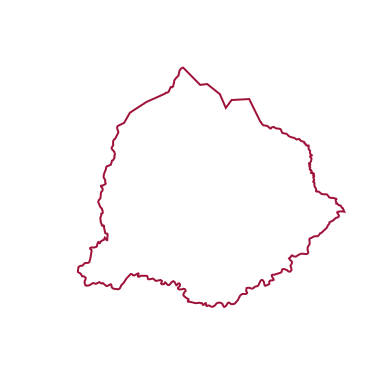 outline of San Andres, Lempira, Honduras, rotated 249°
{"feature_id": "27666195B74503802640136", "entity_name": "San Andres", "entity_type": "district", "adm_level": 2, "iso_a3": "HND", "parent_name": "Honduras", "parent_adm1": "Lempira", "projection": "orthographic", "projection_center": [-88.635, 14.237], "detail": "fine", "context": "isolated", "style": "outline", "palette": "rose", "viewbox_px": 384, "rotation_deg": 249, "n_neighbors": 0, "source": "geoboundaries", "source_scale": "gbopen_adm2", "svg_char_len": 5957}
<svg xmlns="http://www.w3.org/2000/svg" viewBox="0 0 384 384"><g transform="rotate(249 192 192)"><path d="M250.1,130.0L249.9,128.4L248.3,127.4L246.5,125.9L246.5,121.8L245.8,120.7L244.3,119.9L240.7,116.6L238.4,115.1L236.7,114.7L235.6,115.1L234.2,115.2L232.7,114.6L230.7,114.4L230.4,113.9L230.0,111.1L230.5,109.5L230.4,109.2L229.7,109.0L227.4,109.8L226.1,109.4L225.2,108.7L224.7,107.5L223.8,106.7L219.0,104.3L217.8,102.1L216.6,101.0L215.1,100.9L211.6,101.0L210.5,101.1L208.8,102.0L208.0,101.7L206.8,101.9L204.5,101.2L204.1,99.4L203.2,99.3L200.8,97.2L197.3,96.2L196.2,96.0L194.6,96.1L193.1,95.9L192.5,96.3L192.6,97.3L191.9,97.7L190.1,97.1L184.8,96.3L184.1,96.7L183.7,97.7L183.0,98.1L181.8,97.7L179.8,96.6L177.4,95.6L177.5,95.3L178.3,94.9L180.6,94.2L178.9,92.5L179.0,91.3L178.6,89.4L177.3,87.7L177.5,87.0L178.2,86.7L178.8,86.8L178.8,86.4L177.5,85.1L175.4,83.7L175.1,83.3L175.2,81.3L175.5,80.0L176.3,78.3L176.3,77.0L176.0,76.7L175.4,76.6L174.9,76.7L174.1,77.3L172.8,77.1L166.1,73.1L163.3,70.9L163.1,69.7L164.0,66.5L162.5,63.1L163.1,61.3L162.6,59.1L158.8,57.0L158.2,56.9L157.7,57.1L155.7,58.8L152.7,59.2L151.8,61.1L150.0,62.0L148.6,61.3L147.2,59.8L146.0,59.3L144.6,59.1L143.4,59.3L143.1,59.1L142.4,59.8L141.9,61.3L141.7,62.9L142.5,66.9L140.7,69.5L141.1,73.1L139.1,74.6L138.9,75.0L139.1,75.7L138.9,76.1L135.4,78.1L134.8,78.6L134.6,79.7L135.0,82.6L134.9,83.2L134.4,83.4L131.7,83.0L130.7,83.4L129.9,84.1L129.0,85.6L127.6,88.4L127.6,89.3L128.0,90.2L130.5,92.9L131.4,95.3L134.6,99.6L137.3,105.1L137.3,105.6L136.9,106.3L136.5,106.7L135.5,107.0L134.8,108.1L135.3,111.7L135.2,112.8L134.9,112.9L133.1,111.4L132.5,111.3L132.1,111.5L131.8,112.5L132.2,113.5L132.2,114.0L130.1,119.5L129.4,120.1L127.5,119.8L126.5,119.8L126.1,120.1L125.7,121.2L125.2,124.5L124.0,125.3L122.6,125.9L121.9,126.5L121.1,131.1L119.7,132.1L117.6,130.3L116.7,130.9L116.2,131.9L116.1,132.6L116.4,133.3L117.2,134.1L117.3,134.5L114.1,136.0L113.6,136.5L113.4,137.0L113.7,138.3L115.0,140.3L115.5,142.6L114.2,143.5L110.5,143.9L110.6,144.6L111.5,146.3L111.4,147.0L111.1,147.5L110.0,147.6L108.8,147.2L107.5,144.5L106.9,144.3L106.0,144.7L105.4,145.5L104.9,147.2L104.6,149.6L104.1,150.3L103.4,150.7L102.6,150.8L101.9,150.6L101.5,149.6L100.5,148.2L99.6,147.3L98.9,147.0L98.3,147.0L95.8,148.3L93.1,150.3L92.5,150.1L92.2,149.4L91.8,149.0L91.3,148.9L91.0,149.0L90.2,150.8L86.9,155.5L85.9,159.3L85.1,160.3L84.8,161.3L84.6,161.5L82.5,161.8L82.5,162.2L83.3,164.2L83.3,165.0L82.7,165.0L81.1,164.6L80.5,164.7L80.2,165.1L80.3,166.3L79.8,167.5L78.4,168.5L77.6,169.7L77.5,170.9L77.7,172.3L79.0,174.7L79.3,175.6L79.2,177.0L78.8,178.2L78.0,179.3L76.9,180.2L73.6,180.5L73.3,180.8L73.1,181.2L73.4,182.7L75.3,185.3L75.7,186.4L75.3,187.1L73.8,188.0L73.2,188.6L72.5,190.6L72.6,192.3L74.6,196.0L77.7,199.4L78.5,200.8L78.7,202.8L77.5,205.7L77.7,206.9L78.3,207.4L80.3,207.1L82.7,208.4L82.6,209.5L82.1,211.1L80.6,212.8L80.2,213.9L80.3,215.0L80.8,215.9L81.0,216.6L80.7,219.7L80.9,220.2L82.1,221.6L84.5,224.1L84.9,225.1L84.7,226.1L83.6,226.7L82.5,226.8L78.7,226.4L78.3,226.7L78.1,227.2L78.3,231.1L80.6,232.0L81.2,232.9L81.2,233.9L80.6,235.7L80.7,236.7L81.6,236.9L83.5,236.5L85.0,236.4L85.7,236.7L86.0,237.2L85.9,238.0L85.3,239.0L84.9,246.0L85.4,247.1L86.5,247.7L87.4,248.5L87.5,249.3L87.0,250.4L85.6,252.1L84.9,252.8L83.6,253.3L82.9,254.1L82.5,255.1L83.3,256.8L85.0,257.4L87.7,257.4L89.5,259.5L90.5,260.2L91.5,260.2L92.8,259.5L95.3,258.8L95.9,260.8L96.9,261.9L97.0,262.7L95.5,263.8L94.6,265.4L94.5,266.1L95.1,268.8L95.3,271.4L94.8,273.0L93.1,276.4L93.0,277.5L93.2,278.3L94.0,278.9L96.3,279.1L98.2,279.8L99.0,280.3L100.0,281.4L100.6,282.5L101.6,283.4L105.9,284.7L106.4,285.1L106.3,286.6L106.8,289.6L106.6,291.0L105.7,293.4L105.9,294.0L106.7,295.8L107.6,296.9L107.4,297.9L110.2,304.8L112.1,306.9L113.3,308.9L114.5,309.5L114.8,313.3L116.2,316.9L116.1,318.8L116.4,320.0L116.8,320.5L117.5,320.7L120.8,320.2L121.2,320.5L121.2,321.5L120.7,323.6L119.9,325.6L119.0,327.1L122.8,327.0L123.7,326.2L125.5,326.1L126.5,325.4L127.2,324.2L128.8,323.6L129.5,322.5L129.9,322.6L130.5,323.1L131.7,322.9L132.9,323.2L133.3,323.5L133.5,324.2L134.1,324.1L136.2,321.1L136.5,319.9L137.9,318.1L139.8,317.7L141.5,317.0L142.3,314.9L143.7,312.3L146.7,310.6L147.5,309.3L147.8,308.4L148.2,308.1L149.3,308.7L150.4,308.9L151.2,308.9L152.5,308.5L153.5,308.5L155.1,308.9L156.6,309.6L157.1,309.5L157.7,308.9L158.2,308.9L158.6,309.1L158.9,310.0L159.3,310.3L162.3,310.5L162.5,310.7L162.5,311.5L163.0,311.8L163.5,311.7L164.0,311.2L164.4,311.2L164.8,311.5L164.9,312.2L165.3,312.3L166.0,312.1L166.6,311.6L166.7,310.4L167.1,310.0L167.7,310.0L168.3,311.0L169.1,311.2L169.8,311.0L170.5,310.1L171.0,310.0L172.3,311.1L172.8,311.1L173.5,310.7L174.1,310.7L174.4,311.1L174.6,311.9L175.1,312.2L175.7,312.1L176.1,311.3L176.6,311.3L177.0,311.8L177.0,312.7L177.3,313.3L178.4,314.3L179.8,315.3L180.8,315.5L182.3,314.9L183.1,315.2L183.3,315.8L183.0,316.6L183.3,317.0L183.8,316.9L184.4,316.3L185.0,316.1L186.3,316.2L188.1,317.0L190.0,316.3L191.6,316.8L192.9,316.8L193.2,317.0L193.2,317.5L193.5,317.6L194.7,315.3L195.8,315.4L197.0,314.4L198.0,314.9L198.9,314.2L200.7,312.0L203.1,311.1L203.6,308.4L206.0,306.8L207.0,305.0L209.1,302.7L209.8,302.2L211.2,301.8L212.4,301.1L214.6,297.6L215.2,297.4L218.5,297.3L219.0,297.1L219.8,296.1L221.4,293.1L223.5,291.6L223.7,289.9L223.7,289.3L223.1,288.6L223.3,287.7L226.7,286.0L228.7,282.5L230.7,281.6L232.5,281.4L233.2,281.0L258.3,278.7L263.7,261.9L258.4,253.7L273.3,253.1L287.3,244.9L289.1,238.0L311.3,228.3L311.5,227.4L311.0,225.8L310.3,224.4L309.3,223.5L305.6,221.2L303.8,217.4L302.6,215.6L301.8,215.0L300.6,214.5L299.4,213.5L297.3,212.2L296.9,211.1L297.2,210.4L297.6,210.1L297.6,209.8L293.8,205.9L293.6,204.4L294.0,203.2L293.5,202.0L292.4,181.8L288.3,162.5L280.9,153.4L280.2,146.2L279.4,145.4L278.4,145.0L276.9,144.8L274.6,144.8L273.9,144.5L269.3,139.4L268.9,138.0L268.1,136.9L266.4,136.0L263.9,135.2L262.0,132.7L260.3,132.7L257.4,133.9L254.7,133.5L253.2,132.2L252.5,132.3L251.9,132.0L250.1,130.0Z" fill="none" stroke="#9f1239" stroke-width="2"/></g></svg>